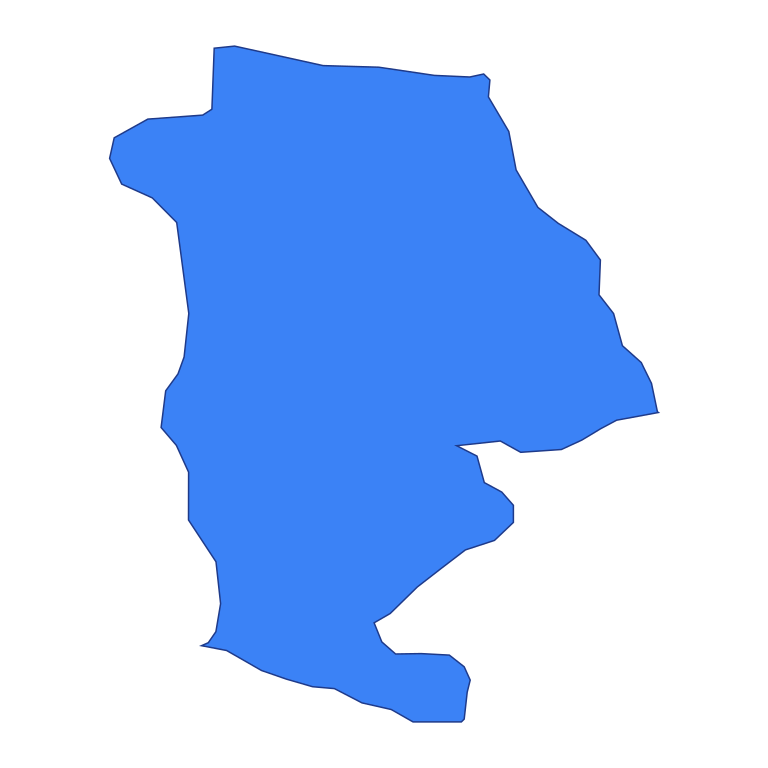 Hällefors, Orebro, Sweden (Natural Earth projection)
{"feature_id": "70781695B86731793095106", "entity_name": "Hällefors", "entity_type": "district", "adm_level": 2, "iso_a3": "SWE", "parent_name": "Sweden", "parent_adm1": "Orebro", "projection": "natural_earth1", "projection_center": [14.675, 59.769], "detail": "fine", "context": "isolated", "style": "filled", "palette": "blue", "viewbox_px": 768, "rotation_deg": 0, "n_neighbors": 0, "source": "geoboundaries", "source_scale": "gbopen_adm2", "svg_char_len": 1094}
<svg xmlns="http://www.w3.org/2000/svg" viewBox="0 0 768 768"><path d="M214.2,48.2L211.9,109.2L202.7,115.1L147.8,119.1L114.2,137.8L109.6,158.4L121.7,184.1L152.3,197.9L176.7,222.5L188.8,313.5L184.1,357.0L178.0,373.9L165.7,390.8L161.1,427.5L176.4,445.4L188.6,472.2L188.5,520.0L216.0,561.8L220.0,598.2L220.6,603.7L215.9,631.7L208.3,642.7L201.5,645.7L226.6,650.5L261.5,670.5L286.3,679.1L312.5,686.7L334.4,688.6L362.0,702.9L391.2,709.5L413.0,721.9L461.4,721.9L464.2,719.1L467.2,692.2L470.2,680.1L464.2,666.8L449.3,655.1L421.2,653.6L395.6,654.0L381.8,641.9L374.1,622.8L390.2,613.5L417.4,586.9L440.7,568.8L465.4,549.9L494.5,540.4L513.4,522.4L513.4,505.3L501.8,492.1L484.3,482.6L477.0,456.1L456.6,445.7L500.3,441.0L520.7,452.3L561.4,449.5L581.8,440.1L600.7,428.7L616.6,420.2L658.4,412.5L657.4,411.7L651.5,383.4L643.9,368.0L641.3,362.6L622.4,345.7L613.6,313.6L599.0,294.8L600.4,260.0L585.9,240.3L558.3,223.4L537.9,207.4L516.1,169.9L508.8,131.5L488.4,96.9L489.9,80.0L483.7,74.0L469.8,77.0L434.4,75.4L378.7,67.2L323.1,65.6L234.6,46.1L214.2,48.2Z" fill="#3b82f6" stroke="#1e3a8a" stroke-width="1.5"/></svg>